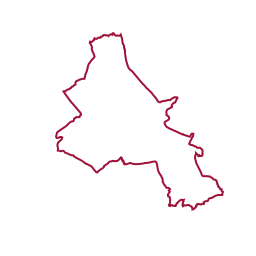 Lusambo, Kasaï-Oriental, Democratic Republic of the Congo (Albers equal-area conic projection), rotated 344°
{"feature_id": "63176286B30844666641598", "entity_name": "Lusambo", "entity_type": "district", "adm_level": 2, "iso_a3": "COD", "parent_name": "Democratic Republic of the Congo", "parent_adm1": "Kasaï-Oriental", "projection": "albers", "projection_center": [23.694, -5.009], "detail": "fine", "context": "isolated", "style": "outline", "palette": "rose", "viewbox_px": 256, "rotation_deg": 344, "n_neighbors": 0, "source": "geoboundaries", "source_scale": "gbopen_adm2", "svg_char_len": 5938}
<svg xmlns="http://www.w3.org/2000/svg" viewBox="0 0 256 256"><g transform="rotate(344 128 128)"><path d="M150.0,199.4L150.6,200.4L150.6,200.8L150.3,201.2L149.9,201.3L148.3,202.7L147.7,204.2L147.8,204.8L148.5,205.3L149.1,206.2L148.7,207.5L148.8,208.5L147.8,211.4L147.1,212.7L146.2,213.0L146.0,213.6L146.2,214.2L147.0,214.6L147.2,214.3L148.2,214.3L148.6,214.1L149.0,214.2L149.5,214.9L150.6,215.5L151.6,215.5L151.9,216.0L152.3,216.1L153.0,215.0L153.8,214.3L154.0,213.9L154.6,214.0L155.8,212.9L157.0,212.5L157.6,212.0L158.9,211.7L160.0,211.8L161.2,212.5L161.7,212.5L161.2,213.1L161.2,213.7L160.8,213.8L160.4,214.2L160.4,215.0L160.0,215.2L159.5,216.0L159.1,217.6L159.3,218.4L160.4,217.9L160.5,217.5L161.6,218.2L162.7,218.5L164.5,218.5L165.4,218.9L166.7,220.6L167.5,221.0L167.7,223.6L167.5,224.0L168.0,224.1L168.3,223.6L168.9,224.0L169.3,223.5L170.3,223.3L171.0,223.1L171.7,222.3L171.6,221.9L172.1,221.4L172.7,221.5L172.9,220.6L174.1,220.2L174.5,220.3L174.9,220.6L175.7,220.8L176.1,221.3L177.4,221.7L178.1,221.3L178.7,221.4L179.4,221.8L179.8,222.0L180.2,221.5L180.4,220.3L181.7,219.8L182.4,219.8L183.7,220.0L184.6,220.1L185.2,219.6L185.5,219.0L186.0,218.4L186.5,218.1L187.1,218.1L188.9,218.3L189.8,218.2L190.5,217.9L191.4,217.8L192.2,217.5L193.2,217.3L194.5,217.2L195.3,217.2L196.9,217.4L197.8,217.7L198.7,218.1L199.3,218.3L200.3,218.3L200.6,216.9L201.7,215.7L201.6,215.3L200.8,214.6L200.6,213.9L201.1,212.7L199.8,212.2L199.5,210.2L199.0,210.0L198.9,209.4L198.5,209.0L198.8,208.2L198.7,207.6L198.4,207.2L198.6,206.7L198.4,206.1L198.6,205.6L198.4,204.3L198.6,203.5L198.3,203.1L198.3,202.5L197.3,201.6L196.0,200.9L195.6,200.0L194.9,199.0L193.6,197.7L193.2,197.0L192.0,196.7L190.7,196.1L189.5,195.8L188.4,195.4L187.1,195.1L186.5,194.6L186.1,193.6L185.9,192.5L185.9,190.6L185.5,188.8L185.3,187.6L184.6,183.9L184.2,181.9L184.0,180.3L184.1,178.2L184.1,175.5L184.5,174.1L184.8,173.5L185.5,172.4L186.4,171.5L186.5,171.0L187.3,172.3L187.8,174.5L188.1,174.5L188.8,173.9L189.1,173.8L189.3,174.8L190.6,174.9L191.3,175.2L192.5,174.0L192.7,173.3L192.7,172.2L193.3,171.0L193.4,169.4L192.1,167.2L191.6,166.7L189.8,166.4L189.2,166.1L188.4,164.9L187.4,164.0L186.9,164.0L185.3,162.2L183.9,161.7L182.5,160.5L182.5,160.0L183.3,159.2L183.5,158.8L184.5,157.5L185.7,156.4L186.7,155.1L187.4,154.6L188.4,153.7L188.6,153.0L189.3,151.7L188.2,151.1L187.5,151.1L186.9,151.6L185.7,153.0L185.0,153.4L183.1,152.2L180.6,150.5L179.9,150.0L179.4,149.2L178.5,149.2L176.6,147.5L174.9,146.0L174.2,145.4L173.2,144.5L170.6,142.4L169.7,141.5L167.9,140.1L165.5,137.6L164.9,136.3L164.5,134.2L164.5,133.4L164.7,132.7L164.9,132.5L165.8,132.2L166.8,131.7L168.2,131.6L169.3,131.1L170.3,130.1L170.1,128.0L168.5,126.0L169.0,125.2L169.1,124.5L169.1,123.5L169.3,123.0L170.4,121.5L170.9,121.1L172.0,120.8L174.7,120.4L175.2,120.0L175.9,120.1L176.2,119.7L176.0,118.7L176.3,118.2L177.8,117.0L179.0,116.4L179.3,116.3L179.8,116.6L180.2,116.5L180.6,116.2L182.1,114.4L183.9,112.7L183.6,112.0L182.4,111.8L181.6,111.3L181.1,111.2L180.3,111.5L178.8,111.7L176.0,112.8L175.6,112.7L174.4,112.1L173.4,112.1L172.8,112.3L167.5,111.7L165.8,112.2L164.3,111.0L163.7,109.3L162.7,106.0L161.5,103.7L160.6,101.2L159.2,98.6L158.0,96.4L157.1,95.2L155.1,90.9L154.3,89.7L153.3,87.4L152.5,85.7L150.6,81.3L149.2,78.3L148.8,77.1L147.7,74.8L145.9,72.3L145.1,70.3L144.9,68.3L144.8,65.0L144.9,61.7L145.7,55.5L146.0,54.0L146.5,52.9L146.3,52.5L146.5,51.9L146.4,51.4L146.6,50.8L146.2,49.9L146.6,49.3L146.5,48.9L146.8,48.0L146.4,45.8L146.2,45.2L146.9,40.7L146.8,37.8L146.8,36.3L145.9,37.1L145.6,37.1L142.9,36.0L142.1,36.1L141.2,35.4L140.7,34.3L140.5,33.3L140.3,33.2L139.8,32.7L139.4,32.8L138.6,34.1L137.5,33.2L134.8,33.8L134.5,34.2L133.7,33.3L132.3,32.8L131.7,32.7L131.3,32.2L130.2,31.9L129.7,32.0L128.9,32.8L128.4,32.9L127.7,32.8L127.2,32.8L126.4,33.6L125.7,33.5L125.0,33.0L124.0,33.1L122.9,33.6L121.9,33.6L120.9,33.1L120.5,32.5L120.3,32.7L119.8,34.0L119.0,34.0L118.5,34.6L117.6,34.9L116.8,35.3L116.1,35.3L115.4,34.5L115.1,34.8L114.7,35.9L115.5,37.9L115.7,40.1L114.9,42.2L115.0,44.6L115.1,45.5L115.5,47.4L115.5,50.3L114.4,51.2L111.2,53.0L109.7,54.4L107.9,55.6L106.4,57.8L105.6,59.4L104.0,62.1L102.5,63.9L101.6,65.1L101.0,66.5L99.7,68.7L97.6,68.1L95.5,68.2L94.5,68.2L92.7,68.6L90.7,68.9L89.7,70.9L89.4,71.9L88.7,71.8L87.7,72.1L86.7,72.8L85.2,72.9L84.5,73.7L83.9,73.7L83.5,74.0L82.9,74.0L82.5,74.4L80.9,74.4L79.6,74.6L78.2,75.4L77.9,75.4L77.2,75.1L76.1,75.0L76.6,76.9L78.3,81.4L80.2,86.8L81.4,89.1L84.1,95.1L86.6,100.5L86.5,102.4L85.7,102.6L85.1,103.2L84.5,104.0L84.0,104.1L83.7,104.0L83.4,103.8L82.7,103.8L82.0,103.4L81.3,103.3L80.6,103.4L80.1,104.1L79.1,104.0L78.8,104.2L78.3,105.3L77.3,106.4L75.3,106.2L73.8,106.6L72.2,107.3L69.7,108.9L62.3,111.3L58.6,112.7L57.3,115.0L56.5,116.3L56.7,117.8L57.6,118.2L60.5,118.0L61.7,118.4L62.2,119.2L61.5,120.0L60.3,121.0L56.7,122.8L55.4,125.0L55.1,128.1L54.3,130.4L55.3,130.7L57.0,131.8L59.0,131.9L59.6,132.2L60.2,133.0L60.7,134.3L61.1,134.7L62.6,135.6L64.6,137.5L66.9,139.0L68.0,139.3L68.2,140.3L70.0,142.4L74.2,146.3L77.9,150.9L79.0,151.5L79.7,152.4L80.4,153.1L81.3,153.8L82.3,154.8L83.2,157.0L85.1,161.4L86.2,162.3L87.6,161.3L91.1,160.0L92.5,159.7L93.3,159.3L94.0,158.9L94.7,157.8L95.7,157.7L96.6,157.1L97.6,157.0L98.9,156.5L100.0,155.7L101.0,155.3L101.7,155.3L102.4,155.5L104.3,155.4L106.1,156.2L107.2,156.4L108.2,156.7L108.7,156.7L109.2,156.3L110.2,156.2L113.0,154.3L113.4,154.4L113.8,154.9L113.8,155.3L113.3,156.4L113.4,156.8L114.3,157.5L114.4,157.8L113.8,158.0L113.7,158.6L114.1,159.2L114.3,159.8L114.2,160.6L114.4,161.2L114.9,160.8L115.0,161.4L114.8,162.0L116.6,162.4L119.5,162.2L120.5,162.3L122.5,163.6L124.6,164.6L127.4,165.4L130.0,165.9L132.2,166.2L134.9,166.4L137.7,167.0L142.2,167.2L144.2,167.5L145.4,168.0L145.9,169.8L145.2,177.0L145.6,180.1L146.5,182.5L147.2,186.6L146.8,188.0L146.9,188.9L146.5,189.9L146.9,190.6L147.0,192.2L147.6,193.0L148.0,194.6L148.5,196.0L150.3,196.7L150.9,197.2L151.2,198.0L151.5,198.4L150.0,199.4Z" fill="none" stroke="#9f1239" stroke-width="2"/></g></svg>